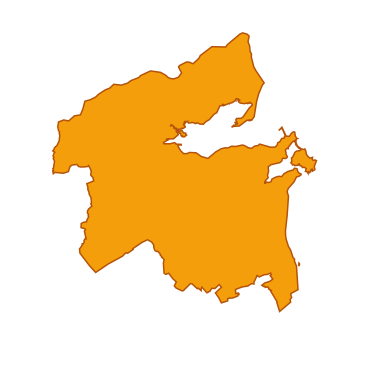 Tralee Lea-7, Kerry, Ireland (Albers equal-area conic projection), rotated 164°
{"feature_id": "5873133B69138340953371", "entity_name": "Tralee Lea-7", "entity_type": "district", "adm_level": 2, "iso_a3": "IRL", "parent_name": "Ireland", "parent_adm1": "Kerry", "projection": "albers", "projection_center": [-9.78, 52.294], "detail": "fine", "context": "isolated", "style": "filled", "palette": "amber", "viewbox_px": 384, "rotation_deg": 164, "n_neighbors": 0, "source": "geoboundaries", "source_scale": "gbopen_adm2", "svg_char_len": 5963}
<svg xmlns="http://www.w3.org/2000/svg" viewBox="0 0 384 384"><g transform="rotate(164 192 192)"><path d="M117.0,68.9L112.0,92.0L112.6,97.7L111.9,99.0L113.0,101.6L113.2,108.8L114.3,113.1L114.5,120.4L114.1,124.1L112.8,129.1L107.1,143.0L100.4,161.4L100.5,166.0L98.5,168.9L91.1,173.6L87.4,177.7L84.8,177.6L82.5,178.4L82.2,179.2L83.7,180.4L84.6,182.2L84.7,185.5L87.0,186.6L88.6,185.3L94.2,185.3L98.5,184.2L101.5,182.1L104.3,183.2L107.4,183.2L111.6,182.4L113.1,180.2L115.7,179.9L117.5,181.1L118.9,180.1L120.2,180.4L119.2,180.6L119.4,181.2L118.4,182.7L114.9,184.7L114.8,187.3L112.7,190.7L111.8,195.2L108.5,196.5L99.5,196.0L97.1,197.1L96.1,198.9L95.1,199.5L93.2,198.4L91.3,198.8L90.6,199.6L91.3,202.8L90.7,203.9L90.8,206.1L90.1,207.1L88.9,207.7L87.5,207.1L87.4,208.2L82.0,212.2L78.4,213.4L79.3,211.8L79.0,210.3L79.2,208.8L77.3,204.7L75.2,202.8L77.1,202.0L80.1,202.5L82.1,201.8L85.6,197.8L86.9,197.4L87.7,193.9L88.9,192.8L88.2,191.8L88.0,190.3L86.4,190.1L85.9,189.0L82.6,188.5L82.2,189.4L81.0,189.4L81.2,187.8L79.3,186.5L79.2,185.1L77.2,184.8L75.8,183.0L77.3,180.5L75.6,179.6L75.3,177.9L74.8,179.0L74.0,178.4L73.9,179.3L72.5,178.6L71.4,180.8L70.8,180.8L70.6,179.9L70.3,180.3L70.3,178.9L67.7,179.6L67.4,182.8L63.7,187.9L65.0,188.9L66.8,189.0L67.4,190.3L66.6,192.1L69.3,192.0L70.9,194.5L71.6,196.6L71.3,200.7L71.9,201.7L71.1,202.6L72.3,201.9L74.8,203.1L77.9,207.0L78.4,209.3L78.3,211.9L76.9,214.3L75.9,214.4L76.8,215.1L77.2,217.6L76.7,221.3L77.8,221.9L80.0,221.2L83.1,218.7L86.1,219.7L87.7,229.5L91.7,227.2L88.8,228.5L87.7,227.5L86.8,220.4L87.8,219.9L88.3,218.4L91.1,218.7L93.7,216.1L95.9,215.8L97.3,213.6L99.8,212.2L104.3,213.5L113.8,219.4L115.9,218.4L118.9,218.9L122.8,217.5L126.6,219.6L126.2,219.6L129.2,222.5L130.9,223.3L137.3,223.7L141.5,225.1L145.8,224.4L147.7,225.4L152.2,225.5L158.1,224.0L167.4,219.9L173.3,223.6L177.3,228.6L183.5,230.7L186.1,230.3L189.4,231.1L191.6,234.9L192.9,240.2L192.5,241.2L189.4,240.1L189.3,240.8L194.1,242.4L194.4,243.6L195.6,244.3L199.7,244.4L205.7,246.1L205.8,247.4L200.7,248.7L202.0,249.5L201.4,250.0L195.1,248.2L189.3,250.9L189.5,252.7L190.5,254.3L189.7,256.4L191.7,258.2L191.6,260.0L192.9,261.4L194.4,261.5L194.3,262.0L193.2,262.3L191.4,260.2L191.0,258.5L189.4,257.5L188.6,254.1L187.8,254.8L187.9,256.1L184.5,255.4L184.1,256.2L183.2,255.5L180.5,256.3L180.4,257.0L181.5,258.3L179.0,260.6L180.5,260.3L179.4,261.3L180.2,261.0L179.8,261.7L180.3,261.9L178.9,261.5L178.6,260.8L178.0,261.3L177.0,261.1L177.6,260.8L177.0,260.8L176.4,259.2L172.1,258.6L169.6,256.7L168.2,257.2L165.4,255.0L162.3,254.0L159.4,255.8L155.3,256.8L149.4,260.7L146.4,261.4L141.4,267.2L138.6,266.7L138.4,267.8L137.3,267.3L137.7,266.3L132.6,266.9L131.6,266.4L130.8,267.1L129.3,266.7L125.6,267.7L124.7,268.6L124.5,268.1L124.1,269.4L123.5,269.5L122.3,268.4L121.2,268.9L122.3,267.7L121.8,267.5L120.2,266.7L122.4,267.3L122.3,265.7L121.3,264.3L117.4,262.5L114.5,262.3L114.0,261.5L112.0,262.2L112.2,261.6L110.4,261.0L110.1,258.9L113.6,257.1L122.0,250.2L124.5,249.3L128.8,250.4L130.1,249.2L129.6,246.7L132.2,247.1L129.7,246.0L129.4,245.0L131.3,245.1L132.7,244.2L133.5,244.7L136.1,243.3L133.9,243.6L128.4,242.4L119.5,245.8L116.8,245.4L117.7,245.0L117.3,244.7L114.8,244.6L111.5,247.2L104.9,261.3L100.9,267.9L95.0,275.3L92.6,277.0L97.2,291.2L98.1,295.5L97.8,305.2L96.8,308.3L97.4,311.4L96.4,316.1L96.7,321.0L94.1,326.2L95.6,328.6L99.5,331.0L102.4,330.6L117.2,324.0L119.6,322.1L132.8,326.2L146.4,320.9L148.5,318.6L155.6,315.0L159.3,317.8L161.5,318.5L169.2,317.0L170.5,315.9L169.2,309.3L173.6,306.0L178.5,305.8L180.9,306.8L183.1,308.3L185.2,311.6L189.3,315.7L198.5,319.8L209.3,318.1L211.6,316.7L220.2,315.9L223.8,314.4L230.5,314.2L237.5,317.1L242.6,314.5L247.1,314.1L254.9,311.7L258.5,309.8L264.4,308.7L269.9,308.8L274.0,301.9L278.0,296.9L284.1,297.6L291.0,294.3L295.4,296.6L301.0,296.1L303.1,291.6L303.4,287.6L302.8,286.5L303.5,284.8L303.4,283.1L305.6,277.8L308.9,274.0L312.1,272.4L312.7,271.2L314.5,269.9L312.9,268.1L313.7,267.7L315.7,264.8L315.2,263.2L316.2,262.4L315.6,259.6L318.7,252.9L319.2,252.9L319.3,250.6L320.0,250.7L320.3,247.8L318.4,248.6L310.5,245.5L305.2,245.7L302.2,250.2L299.7,251.0L294.9,250.1L294.1,247.9L292.1,246.7L287.7,245.6L285.1,245.3L284.1,245.9L283.2,241.7L283.3,239.3L284.7,236.3L283.2,233.0L283.5,229.7L290.8,229.0L290.8,224.9L291.4,223.6L291.1,219.3L291.5,218.6L290.7,214.7L291.2,211.0L292.0,208.7L292.5,208.6L292.1,206.1L296.0,204.2L297.8,202.4L298.3,200.5L297.7,199.0L298.4,197.7L298.2,196.6L300.8,194.0L301.6,192.4L304.7,192.8L307.2,192.2L308.5,188.3L305.3,186.4L304.7,185.3L306.2,184.1L306.7,176.2L307.4,176.7L309.1,175.3L309.2,174.0L310.8,172.2L311.8,172.5L312.6,170.7L315.8,168.3L316.6,164.1L310.8,149.3L306.8,141.2L292.0,146.0L276.7,149.4L272.4,151.8L270.7,150.9L264.5,152.9L264.6,153.8L262.6,154.5L254.1,157.3L247.9,158.4L244.6,155.0L243.4,151.6L244.0,149.3L243.8,145.9L242.0,144.3L241.1,144.4L239.7,141.0L239.9,139.9L238.9,138.4L239.2,137.7L237.4,134.8L239.1,131.6L241.2,121.6L239.9,120.1L236.8,120.3L234.3,113.9L231.9,109.9L234.9,106.6L233.8,104.1L228.8,99.7L227.6,99.5L218.7,104.4L217.2,103.6L213.6,97.6L212.5,97.8L210.4,94.7L210.0,96.2L208.7,97.8L205.5,91.0L202.2,91.6L199.5,94.0L196.6,92.9L191.4,95.5L189.9,92.4L197.3,88.5L195.5,83.2L194.3,77.3L187.7,77.5L187.2,79.5L185.8,79.8L182.1,78.9L176.7,79.4L176.5,80.3L175.1,80.4L174.9,81.5L175.4,82.2L178.0,82.3L177.1,86.2L176.3,86.4L169.9,86.9L164.1,86.2L160.3,87.5L157.8,86.5L157.5,87.9L152.4,93.8L150.8,91.8L145.7,92.6L142.2,92.0L138.8,92.4L138.5,90.6L139.9,90.1L138.4,86.0L141.7,84.7L147.2,84.5L150.6,83.1L149.3,81.5L148.2,81.5L147.9,80.1L145.4,79.9L144.7,78.2L145.1,77.7L143.0,75.6L143.8,75.4L140.5,63.2L140.9,62.5L140.7,53.0L127.5,59.0L127.4,61.6L125.3,63.1L125.3,66.7L124.6,67.2L117.0,68.9ZM186.2,254.1L188.2,253.4L187.6,251.8L186.7,251.4L187.0,249.4L186.5,248.4L185.7,248.6L185.7,247.6L184.2,247.1L181.5,248.2L182.1,249.0L181.8,250.2L183.9,251.3L184.6,253.6L186.2,254.1ZM109.8,91.4L108.7,92.4L108.5,93.7L108.8,94.2L109.8,91.4Z" fill="#f59e0b" stroke="#b45309" stroke-width="1.5"/></g></svg>